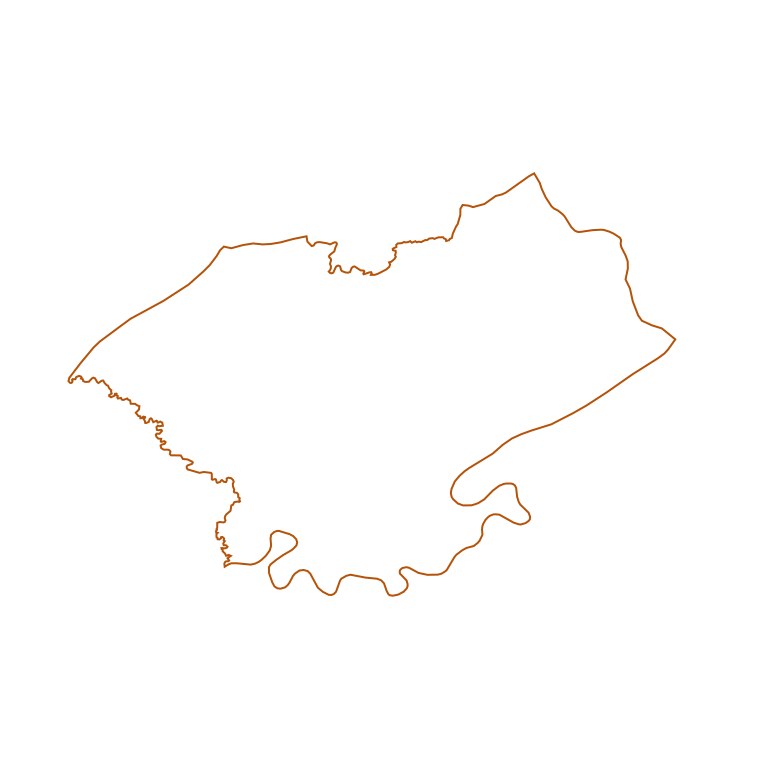 the district of Thung Khao Luang, Roi Et, Thailand, rotated 63°
{"feature_id": "78962969B71401871010357", "entity_name": "Thung Khao Luang", "entity_type": "district", "adm_level": 2, "iso_a3": "THA", "parent_name": "Thailand", "parent_adm1": "Roi Et", "projection": "equal_earth", "projection_center": [103.86, 15.995], "detail": "fine", "context": "isolated", "style": "outline", "palette": "amber", "viewbox_px": 768, "rotation_deg": 63, "n_neighbors": 0, "source": "geoboundaries", "source_scale": "gbopen_adm2", "svg_char_len": 6165}
<svg xmlns="http://www.w3.org/2000/svg" viewBox="0 0 768 768"><g transform="rotate(63 384 384)"><path d="M474.5,608.9L474.1,604.3L474.5,601.2L476.8,596.7L484.4,584.8L485.5,580.7L485.6,576.2L485.1,573.0L483.4,567.2L480.4,561.3L477.0,558.1L470.1,555.2L467.1,553.0L466.0,548.9L466.4,546.0L467.3,544.2L474.9,536.3L478.4,533.9L482.4,532.7L485.6,533.2L488.1,535.3L489.5,539.2L490.1,541.8L490.6,551.3L491.8,560.1L493.3,567.1L494.9,569.6L499.9,572.2L509.9,573.6L514.6,573.5L517.6,571.8L519.4,569.1L520.3,564.4L519.4,560.9L518.1,558.4L513.7,552.2L512.5,549.4L511.8,544.1L513.2,540.1L516.0,537.0L519.5,535.8L535.4,535.4L541.5,532.8L546.7,529.0L548.0,526.8L548.3,525.2L548.3,523.9L547.3,521.0L539.2,512.4L538.1,510.5L537.8,504.7L538.7,500.5L548.0,488.5L554.4,478.5L557.6,475.7L561.6,474.5L569.9,475.6L573.1,475.5L574.7,474.9L576.6,472.3L578.1,467.0L578.0,460.7L576.5,456.6L574.9,454.8L572.9,453.8L569.3,453.1L560.0,455.9L557.8,454.9L556.9,453.8L556.3,451.1L557.4,447.2L559.0,445.2L568.0,439.0L573.7,432.0L578.3,422.6L579.1,418.9L578.7,414.3L578.1,412.3L570.3,400.0L569.0,397.1L567.7,390.0L567.5,385.0L569.1,377.6L568.2,372.9L567.0,369.9L563.0,364.7L558.3,362.8L555.4,360.9L553.7,359.1L551.2,355.4L549.9,351.8L549.5,349.6L549.8,346.0L550.5,344.2L552.8,340.5L566.3,331.5L570.1,327.7L571.2,326.1L572.2,321.1L571.7,317.4L570.9,315.6L568.8,314.1L564.3,313.6L553.4,317.3L550.5,317.5L544.9,316.6L536.8,313.5L533.9,313.4L531.8,314.4L530.5,315.8L528.1,320.4L527.4,322.8L527.0,327.6L528.4,335.5L532.3,347.1L532.9,353.9L532.5,357.6L531.8,361.1L528.2,368.5L524.1,372.4L518.1,374.7L515.3,375.0L511.6,374.0L508.2,371.5L503.0,365.2L500.1,358.4L498.3,351.7L497.5,346.1L495.4,318.8L492.1,305.8L490.6,294.7L491.1,284.1L492.4,273.8L495.9,253.2L495.8,229.1L495.1,213.5L492.6,189.8L488.1,157.5L485.4,128.1L484.1,120.2L482.2,115.2L476.5,104.2L460.6,111.2L453.3,118.7L444.7,125.5L438.1,126.4L423.2,124.8L410.7,121.5L400.5,121.3L391.8,114.3L385.4,111.2L379.3,110.4L369.8,110.4L366.5,109.5L363.3,107.4L360.8,107.4L354.6,110.9L350.7,113.9L346.6,118.1L345.2,120.3L341.6,128.3L337.6,140.1L336.4,142.4L333.9,144.4L329.2,145.9L316.5,147.0L313.6,147.9L308.5,150.2L304.8,152.9L301.6,154.1L291.2,155.2L281.9,154.9L275.6,153.9L264.5,154.6L264.7,160.7L268.8,188.5L268.6,193.0L267.2,199.1L269.2,212.8L266.8,224.4L263.5,227.6L260.2,232.7L262.6,236.4L268.1,239.3L275.1,245.9L276.4,248.3L281.1,254.2L284.7,257.3L284.7,259.6L285.4,260.9L284.8,263.7L283.0,263.2L281.6,264.4L280.1,264.7L278.0,269.0L277.6,273.2L276.2,274.3L274.9,277.8L275.3,279.3L275.2,280.7L274.5,281.8L274.4,286.5L272.9,288.5L272.6,290.4L271.0,291.3L270.8,295.0L268.6,295.8L268.5,298.1L267.6,300.6L266.5,301.7L266.6,304.1L265.0,308.0L265.6,309.9L267.6,310.8L267.4,314.0L267.7,315.0L268.9,315.3L270.6,313.2L272.3,313.8L274.3,315.7L276.0,315.7L277.4,318.0L278.4,322.2L277.9,324.2L280.3,324.3L282.1,326.2L283.0,330.3L283.0,339.3L282.6,342.5L280.8,346.1L279.7,344.7L278.6,344.6L277.9,346.3L277.1,352.2L276.4,352.4L274.7,350.4L273.8,350.5L272.1,353.3L265.9,356.8L265.5,358.3L265.9,360.1L268.8,363.4L268.5,365.5L267.1,367.7L264.3,370.2L262.9,370.5L259.3,369.7L257.7,371.0L257.5,372.6L257.9,373.8L261.8,378.7L261.6,380.5L260.5,381.6L258.8,382.2L258.0,380.3L256.9,379.0L255.0,377.8L252.5,377.6L249.6,374.9L248.5,374.6L246.0,375.3L245.1,374.9L244.3,373.3L243.3,368.1L240.2,365.2L238.2,362.6L237.0,362.2L236.0,362.6L235.3,363.9L235.1,368.7L233.0,370.6L228.5,376.7L227.5,378.8L227.2,381.2L228.7,383.9L228.2,385.8L222.4,387.6L217.2,386.0L213.6,399.0L210.8,412.0L207.8,421.4L204.5,428.8L199.4,436.7L196.2,446.5L193.7,458.4L188.9,464.3L190.4,469.3L194.0,475.0L198.9,485.2L201.7,493.7L206.7,513.0L209.8,542.8L210.8,580.1L212.7,591.8L217.1,617.8L219.6,626.1L227.6,644.8L235.7,661.7L238.2,663.8L240.4,663.2L241.0,662.4L241.0,661.2L240.0,660.2L238.7,660.1L238.3,659.3L239.6,656.8L238.1,655.0L238.3,652.1L239.8,650.6L240.8,650.4L241.6,651.5L243.0,650.2L244.9,650.7L246.6,649.1L248.0,646.0L246.4,641.6L246.4,640.1L247.7,638.9L252.1,638.7L253.5,638.0L252.9,634.0L253.5,632.6L256.4,632.5L259.2,631.6L260.1,630.7L263.3,630.8L265.8,629.8L266.7,630.6L268.9,631.0L269.1,633.9L270.2,634.3L271.9,633.2L272.1,629.6L270.6,628.2L271.1,626.8L271.5,626.7L272.1,627.8L273.9,626.6L275.1,627.8L276.1,627.7L277.1,624.6L278.7,624.8L279.8,623.7L280.4,619.3L281.9,619.1L283.3,617.7L286.6,618.6L288.8,614.7L291.0,613.6L292.7,612.0L295.5,613.9L296.9,618.2L301.0,617.4L302.1,615.9L303.9,616.6L304.2,615.6L303.8,613.2L305.0,611.9L305.5,612.1L305.8,614.1L308.0,613.8L310.3,614.4L310.9,613.1L310.9,610.6L309.0,608.9L308.7,607.3L309.7,606.8L313.3,606.9L313.4,603.4L314.0,603.0L315.5,603.3L315.9,602.4L315.9,600.4L317.8,599.1L320.8,600.0L319.5,603.6L318.4,604.4L319.1,606.3L321.8,607.2L322.7,606.0L323.8,603.2L325.0,603.1L326.3,606.4L326.3,607.1L325.1,608.8L325.6,610.3L327.6,610.7L330.1,610.0L331.7,607.4L333.5,608.9L334.4,608.8L335.1,605.8L336.3,605.0L337.0,605.3L337.7,606.7L337.1,609.6L337.4,611.0L340.0,611.6L342.4,610.2L344.5,606.2L345.7,605.2L347.3,605.0L349.2,606.6L350.8,606.2L355.4,597.5L359.5,597.2L362.1,593.2L366.4,590.0L367.3,590.1L368.0,591.4L367.4,595.7L367.7,597.0L369.2,597.9L370.9,597.8L379.4,588.7L380.6,584.5L384.7,578.4L386.0,578.3L390.8,580.7L391.5,580.2L392.0,577.7L392.7,577.1L395.7,577.7L396.4,577.4L396.9,574.6L396.0,572.8L396.0,572.0L398.7,570.9L399.6,569.2L398.6,567.9L396.8,567.1L396.8,565.2L398.6,562.9L400.9,562.1L402.8,562.2L404.4,564.1L406.9,565.1L410.1,565.4L411.8,566.7L412.7,566.6L414.1,564.5L416.1,564.0L418.5,565.2L420.2,564.4L421.6,565.5L423.2,565.6L423.3,566.7L422.3,567.7L421.4,570.6L421.4,571.3L423.0,573.3L422.9,575.2L427.3,578.3L428.6,583.7L429.7,585.6L431.2,586.8L433.6,587.2L434.6,588.5L434.5,589.8L432.3,593.2L432.0,595.6L436.6,598.0L437.2,599.1L438.0,599.0L438.9,600.5L440.1,600.9L441.1,599.8L441.7,601.5L444.6,602.8L445.7,602.2L446.8,602.7L447.8,601.1L447.4,599.2L446.5,598.6L446.9,597.4L449.1,596.6L450.7,597.9L451.7,597.2L453.1,599.6L454.8,600.0L456.0,598.0L458.0,597.3L458.5,598.5L458.3,600.2L456.4,603.3L457.3,603.6L458.4,603.0L459.9,603.7L462.8,602.6L465.3,602.7L465.7,602.0L465.6,600.2L467.6,598.5L468.2,602.5L471.0,602.1L471.2,603.2L470.3,605.4L470.6,606.7L471.6,607.8L474.5,608.9Z" fill="none" stroke="#b45309" stroke-width="2"/></g></svg>